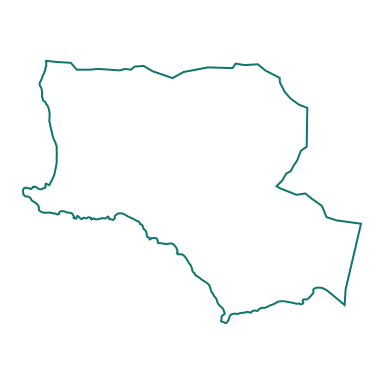 Anse Chastanet, Soufrière, Saint Lucia
{"feature_id": "8701671B43516735791505", "entity_name": "Anse Chastanet", "entity_type": "district", "adm_level": 2, "iso_a3": "LCA", "parent_name": "Saint Lucia", "parent_adm1": "Soufrière", "projection": "mercator", "projection_center": [-61.072, 13.864], "detail": "fine", "context": "isolated", "style": "outline", "palette": "teal", "viewbox_px": 384, "rotation_deg": 0, "n_neighbors": 0, "source": "geoboundaries", "source_scale": "gbopen_adm2", "svg_char_len": 5859}
<svg xmlns="http://www.w3.org/2000/svg" viewBox="0 0 384 384"><path d="M279.7,77.9L265.2,70.4L257.8,64.3L244.5,65.1L235.6,63.6L232.6,68.1L208.1,67.4L183.6,72.0L172.5,78.1L152.5,71.2L143.5,65.9L134.6,66.6L130.9,69.7L125.0,68.9L119.8,70.4L98.3,68.9L89.4,69.7L76.8,69.7L70.8,62.8L56.7,62.0L46.1,60.8L45.8,61.4L46.4,62.1L46.2,63.7L46.3,65.9L45.8,67.2L45.3,68.0L45.3,70.1L44.9,70.9L44.8,71.4L44.4,71.8L44.4,72.6L42.6,76.0L41.9,78.4L40.9,80.6L40.1,81.9L39.7,83.3L39.6,84.5L39.7,85.5L40.8,87.0L41.3,87.9L41.6,89.0L41.8,91.0L42.1,92.0L42.0,96.8L42.9,98.6L42.9,99.8L43.2,100.7L45.4,102.1L46.2,104.0L46.8,104.6L48.0,106.6L48.6,108.4L49.5,112.2L49.6,115.4L49.3,121.3L50.2,124.5L50.2,126.0L50.8,127.9L52.3,134.4L53.4,138.4L54.0,139.9L54.8,141.1L55.5,142.7L56.0,144.7L56.4,145.3L56.7,146.9L56.7,150.8L56.7,151.9L56.8,152.9L56.7,157.1L56.6,158.1L56.8,161.5L56.6,162.6L56.3,164.9L55.8,167.4L55.8,168.0L55.3,169.4L55.2,170.5L54.4,174.5L53.7,176.2L52.6,178.8L51.9,180.2L51.6,180.9L51.0,181.7L50.6,182.4L50.3,183.1L50.2,183.8L49.0,185.2L46.3,183.7L45.9,183.7L45.6,184.0L45.5,185.0L45.5,187.4L45.3,187.7L44.9,187.9L44.5,187.9L41.3,189.2L40.6,189.3L39.0,189.1L35.5,186.7L34.8,186.7L34.4,187.0L33.8,187.1L33.6,186.8L32.9,187.0L31.9,188.4L31.2,189.0L30.9,189.1L29.9,188.4L29.4,188.4L26.9,187.9L26.1,187.9L25.7,187.7L24.7,188.0L23.8,188.4L23.3,189.2L23.0,191.4L23.4,194.4L24.4,195.6L25.1,196.3L26.3,196.5L27.7,196.4L30.1,197.6L30.6,198.1L31.3,199.8L32.2,200.8L35.2,202.6L36.9,204.0L37.7,205.0L38.5,206.1L38.9,207.9L38.8,209.7L39.2,210.4L41.1,211.8L42.1,212.3L43.6,212.5L44.5,212.8L47.0,212.7L47.6,212.6L49.6,212.5L50.9,212.9L52.7,213.2L53.8,213.6L54.0,213.5L55.2,213.4L56.2,213.8L56.8,214.3L57.6,214.5L58.9,214.1L59.2,212.6L60.0,211.6L61.0,211.3L62.3,211.1L63.9,211.4L64.9,211.5L66.8,212.5L68.4,212.5L70.1,212.8L72.0,213.4L72.7,214.5L73.6,216.0L74.1,216.9L73.9,217.5L73.6,217.7L74.4,218.4L74.8,218.6L75.5,218.4L76.0,218.5L76.5,218.3L76.6,216.9L77.2,216.0L77.8,216.1L78.3,216.4L80.8,218.8L81.8,219.1L83.6,217.7L84.2,217.8L85.5,218.3L86.1,218.4L87.1,218.1L88.3,217.3L89.3,217.4L90.4,217.7L91.2,218.0L91.5,218.8L91.1,218.9L91.1,219.2L91.2,219.4L91.5,219.5L92.8,218.9L93.5,218.4L94.0,218.5L94.7,219.0L95.7,219.3L97.7,219.3L100.1,218.7L100.7,218.7L101.1,218.4L101.9,218.1L102.4,218.1L103.8,218.4L104.7,218.5L105.3,218.4L105.9,218.2L106.2,217.9L106.7,217.6L107.5,216.8L107.8,216.6L108.0,216.6L108.3,216.7L108.9,218.1L108.9,218.4L109.1,218.8L109.4,219.2L110.7,219.2L111.2,219.3L111.5,219.4L112.4,219.8L113.1,219.9L114.1,219.2L114.7,218.4L114.8,217.1L114.7,216.9L114.7,216.7L115.0,215.8L115.3,215.5L117.5,213.8L117.8,213.6L118.1,213.5L118.6,213.4L119.1,213.5L120.0,213.3L121.0,213.4L121.7,213.4L122.9,213.6L123.8,214.0L128.2,216.6L129.7,217.3L131.9,218.2L134.9,219.8L135.9,220.4L137.6,221.1L138.5,221.4L138.9,221.7L139.3,222.1L139.7,222.8L139.9,223.7L140.0,224.0L140.3,224.2L141.1,224.3L141.5,224.5L142.9,226.3L143.1,226.9L143.4,228.6L143.5,228.8L144.9,229.9L145.6,230.8L146.1,231.7L146.5,233.2L146.7,234.0L146.7,234.7L146.9,236.0L147.1,236.5L147.6,237.2L148.2,237.5L148.8,237.7L149.3,237.7L149.5,238.3L149.6,239.1L149.7,239.4L150.1,239.4L150.5,239.2L151.5,238.2L151.8,238.0L152.0,238.0L152.6,238.1L152.9,238.1L153.2,238.1L154.5,238.0L155.5,238.0L156.3,238.4L156.6,238.6L156.8,238.9L157.4,239.8L157.6,240.5L157.8,241.5L157.7,241.9L157.9,242.6L158.3,243.1L158.8,243.2L160.2,243.1L163.8,243.7L164.5,243.8L165.9,244.0L166.7,244.0L168.5,243.7L170.6,243.4L171.3,243.6L171.7,243.6L173.0,244.0L173.4,244.3L175.6,246.7L176.3,247.8L177.1,249.7L177.5,250.6L177.4,250.9L177.6,251.6L177.6,252.0L176.8,252.9L176.9,253.2L177.6,253.9L178.0,254.2L178.8,254.4L180.0,254.2L181.9,254.5L182.8,254.8L183.4,255.2L183.8,255.5L184.5,256.2L185.2,257.2L186.0,258.1L188.0,261.4L189.1,263.3L189.9,264.4L190.3,264.9L190.6,265.1L190.9,265.7L191.2,266.3L191.6,267.6L191.9,268.2L192.5,271.1L193.3,272.3L194.5,273.2L194.8,273.5L195.4,275.1L196.1,275.7L196.7,276.0L197.1,276.1L198.0,276.8L200.2,278.3L201.0,279.1L201.3,279.4L204.0,281.0L206.5,282.7L207.9,283.7L208.3,284.3L208.8,284.7L209.1,285.1L209.9,286.7L210.1,287.5L210.7,289.4L211.3,291.3L211.8,292.3L212.0,292.7L212.8,293.6L213.3,294.3L214.1,296.2L215.5,297.6L216.4,299.1L216.6,299.5L217.3,302.0L217.9,303.4L218.6,304.4L219.5,305.5L220.7,306.6L221.7,307.4L222.8,308.4L223.2,309.0L224.1,311.8L224.8,313.1L224.8,313.3L224.4,314.2L222.8,315.1L221.7,316.1L221.6,316.4L221.6,316.6L221.5,319.5L221.1,320.4L221.1,321.0L221.3,321.5L223.9,322.3L224.4,322.5L225.1,323.0L225.4,323.1L225.8,323.2L226.4,322.9L226.8,322.6L227.4,321.8L228.4,320.2L229.3,317.4L229.8,316.2L230.1,315.7L230.4,315.2L230.8,314.8L231.2,314.5L232.2,314.1L234.1,313.7L234.8,313.7L235.7,313.7L238.1,313.9L238.7,313.7L239.7,313.2L240.1,313.1L243.1,312.8L246.2,312.2L247.0,311.9L248.3,312.0L248.9,312.2L249.7,312.4L250.2,312.6L250.5,312.7L250.8,312.6L251.2,312.4L251.6,311.8L252.2,311.2L254.3,310.5L254.9,310.5L255.7,310.6L256.7,310.9L257.5,310.8L258.0,310.5L258.4,309.7L259.2,309.1L259.8,308.8L261.4,307.8L262.7,307.8L263.8,308.0L265.2,307.7L267.6,306.7L270.8,305.0L271.6,304.9L273.7,304.1L278.2,301.7L279.0,301.4L280.4,301.3L282.6,301.2L285.7,301.5L292.5,302.8L296.9,303.8L299.3,303.6L299.5,303.5L300.6,304.3L301.3,304.3L302.7,303.7L303.3,302.7L302.7,301.1L302.7,300.6L302.9,300.1L303.1,299.7L304.0,299.3L305.1,299.3L305.8,299.5L306.5,299.5L307.6,299.0L308.5,298.3L310.7,296.1L312.1,294.4L312.9,293.7L313.4,293.0L313.5,291.8L313.2,290.6L313.3,289.5L314.0,288.8L315.4,288.1L316.5,287.7L320.2,287.7L321.6,287.9L322.4,288.1L325.8,289.6L330.2,293.0L339.0,300.3L344.6,305.0L345.6,289.5L361.0,223.7L356.5,223.1L336.7,220.4L326.5,217.1L322.0,206.0L311.8,198.7L305.4,193.5L296.4,194.8L279.8,188.2L276.6,186.2L282.4,180.3L286.2,173.7L290.7,171.1L293.9,165.2L297.1,160.6L300.9,150.7L306.7,146.8L307.3,107.9L299.0,104.7L290.7,98.7L284.9,92.2L279.8,82.3L279.7,77.9Z" fill="none" stroke="#0f766e" stroke-width="2"/></svg>